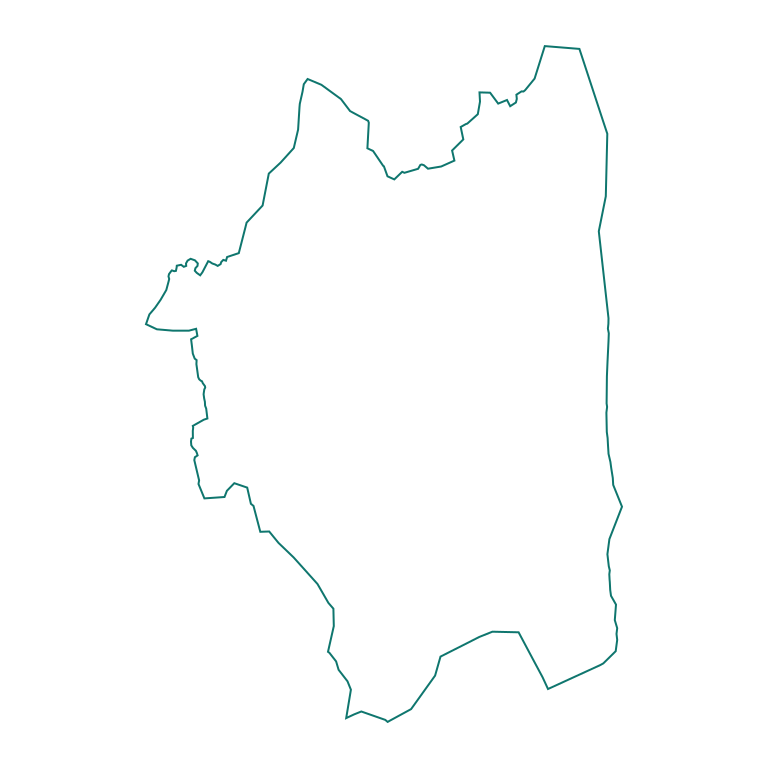 the district of Dambam, Bauchi, Nigeria
{"feature_id": "59680162B91029831757376", "entity_name": "Dambam", "entity_type": "district", "adm_level": 2, "iso_a3": "NGA", "parent_name": "Nigeria", "parent_adm1": "Bauchi", "projection": "equal_earth", "projection_center": [10.732, 11.627], "detail": "fine", "context": "isolated", "style": "outline", "palette": "teal", "viewbox_px": 768, "rotation_deg": 0, "n_neighbors": 0, "source": "geoboundaries", "source_scale": "gbopen_adm2", "svg_char_len": 2810}
<svg xmlns="http://www.w3.org/2000/svg" viewBox="0 0 768 768"><path d="M544.8,46.1L534.6,78.6L525.1,90.2L523.5,91.5L521.5,91.4L516.4,94.7L516.8,98.9L515.9,102.5L510.2,106.2L507.0,100.0L498.2,103.6L490.1,92.7L479.5,92.4L480.0,101.6L477.8,114.2L467.3,123.6L465.8,124.1L460.7,127.0L463.3,139.4L452.1,150.5L454.4,160.6L441.2,166.5L428.0,168.7L423.9,165.2L421.8,164.5L420.4,164.9L418.1,168.8L404.4,172.8L402.2,171.8L394.3,179.4L387.5,176.3L383.9,166.3L383.2,165.9L373.1,151.0L367.4,148.3L367.6,144.7L368.8,122.7L368.1,120.8L350.1,111.1L341.0,99.1L321.4,84.8L307.6,79.0L303.8,84.2L302.5,91.8L299.8,103.8L299.5,107.1L298.1,129.6L293.8,148.0L280.6,162.6L268.8,173.6L262.6,205.5L246.6,222.6L245.4,227.4L238.8,253.1L227.1,257.0L226.0,260.7L223.3,259.9L221.2,262.1L220.6,264.1L217.7,265.9L215.2,264.5L212.3,263.5L209.8,261.8L208.2,261.2L202.4,272.3L200.2,275.3L198.5,274.1L196.7,272.8L194.8,270.7L195.4,268.2L197.5,265.9L197.8,263.4L194.9,260.3L190.6,258.8L187.6,260.6L186.0,263.4L186.2,265.9L183.8,266.8L181.1,264.8L176.8,265.7L176.6,267.7L175.9,270.9L174.2,271.2L171.9,270.4L171.2,271.1L169.0,274.1L168.5,276.4L169.2,279.0L168.5,281.8L166.3,290.0L160.6,299.8L155.1,307.7L149.4,314.4L146.0,324.2L156.9,329.3L173.3,330.7L188.8,330.7L196.1,328.8L197.4,335.9L191.1,339.3L192.0,346.5L192.8,353.6L194.7,358.6L196.6,360.1L196.4,364.1L198.2,377.2L199.2,379.3L200.8,380.7L202.0,381.3L202.8,383.2L205.0,386.2L205.2,387.6L204.3,389.4L203.8,392.7L203.6,394.3L204.2,398.6L204.9,401.8L205.0,404.1L205.1,405.7L206.2,408.6L207.4,418.5L203.8,419.7L192.8,425.9L193.2,427.5L192.8,430.9L192.9,438.0L191.4,438.6L191.0,441.6L191.3,445.4L192.9,447.9L195.9,450.8L196.9,453.1L197.6,455.4L194.9,457.2L194.3,460.1L199.1,480.4L198.5,484.0L204.4,498.4L224.5,497.0L226.9,490.8L234.3,483.2L242.5,486.0L247.2,487.6L250.9,503.8L253.5,505.9L260.3,531.8L269.2,531.5L278.5,542.9L293.6,557.4L317.5,584.0L328.4,602.9L333.4,608.7L333.8,626.1L328.0,651.8L329.4,652.8L336.1,661.4L336.2,661.7L338.6,669.8L347.5,681.3L350.9,689.7L346.2,718.1L354.1,714.4L361.3,711.5L385.3,719.9L387.6,721.9L411.1,709.1L435.1,675.6L440.5,656.6L479.4,636.9L492.4,631.7L518.6,632.3L534.3,661.8L542.6,677.3L548.0,689.0L572.7,677.7L585.8,671.7L600.4,665.0L603.3,663.4L615.7,651.2L616.0,648.9L617.2,639.9L616.5,633.9L617.2,628.2L614.8,620.1L616.0,604.6L611.0,595.8L610.2,589.9L609.8,582.0L609.6,579.8L609.3,574.2L609.8,570.4L608.8,566.3L608.1,560.3L607.6,555.8L607.4,554.3L609.4,539.1L622.0,506.7L613.2,484.9L612.8,478.0L611.2,467.9L610.4,461.9L610.2,461.1L608.5,453.7L608.5,453.1L608.0,445.3L607.6,438.0L606.8,432.0L606.6,422.3L606.4,412.6L607.1,406.9L606.6,403.5L606.9,376.4L607.5,362.0L608.5,341.4L608.8,333.3L607.9,328.7L608.4,323.8L608.5,318.3L598.8,231.3L605.8,196.3L607.3,133.8L602.9,120.5L582.7,58.9L579.4,48.9L544.8,46.1Z" fill="none" stroke="#0f766e" stroke-width="2"/></svg>